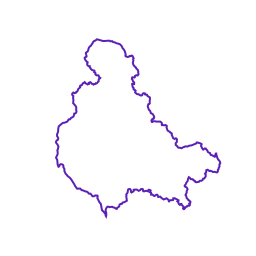 outline of Huanta, Ayacucho, Peru, rotated 163°
{"feature_id": "86281439B1534497598484", "entity_name": "Huanta", "entity_type": "district", "adm_level": 2, "iso_a3": "PER", "parent_name": "Peru", "parent_adm1": "Ayacucho", "projection": "albers", "projection_center": [-74.213, -12.61], "detail": "fine", "context": "isolated", "style": "outline", "palette": "violet", "viewbox_px": 256, "rotation_deg": 163, "n_neighbors": 0, "source": "geoboundaries", "source_scale": "gbopen_adm2", "svg_char_len": 5776}
<svg xmlns="http://www.w3.org/2000/svg" viewBox="0 0 256 256"><g transform="rotate(163 128 128)"><path d="M104.4,187.1L104.3,189.0L103.2,190.7L103.0,192.3L102.2,193.0L102.7,195.8L103.5,196.2L104.2,195.9L104.5,195.9L105.3,196.4L106.6,195.9L107.5,196.0L109.2,197.2L109.4,197.8L108.7,199.1L108.6,202.1L109.0,204.2L109.8,205.8L110.1,208.3L111.4,210.7L114.5,212.6L115.1,213.4L117.1,214.6L117.4,214.9L117.6,215.6L118.5,215.9L119.5,216.0L120.4,217.0L126.3,218.4L131.7,221.9L133.7,221.1L134.8,221.2L136.6,220.2L137.2,219.2L138.3,218.6L139.3,217.6L140.4,217.2L141.6,216.5L142.5,215.5L142.9,214.6L144.2,213.0L146.2,212.3L146.5,211.8L146.6,208.7L147.0,208.3L148.2,208.2L148.9,207.8L149.1,207.2L148.7,204.8L148.2,204.1L148.1,203.4L147.4,202.8L147.5,202.2L148.2,201.6L148.5,200.1L148.2,199.4L147.1,198.4L146.5,198.2L146.9,197.1L146.3,196.2L146.3,195.3L145.1,193.6L143.6,192.9L143.3,192.2L144.0,191.2L143.1,190.3L143.1,189.7L143.5,189.0L143.3,188.4L142.6,187.5L141.0,187.1L140.7,186.3L140.7,184.9L139.8,184.0L139.9,183.8L141.7,183.2L142.2,182.2L142.4,181.2L143.4,180.8L144.2,180.1L145.2,179.8L145.8,180.2L146.5,179.7L147.3,179.9L148.3,179.6L148.8,180.5L149.5,180.7L150.5,182.7L150.9,182.6L151.4,182.9L152.4,182.6L152.4,181.6L153.0,181.7L153.8,181.4L155.7,183.4L156.0,184.5L156.6,184.2L158.2,183.9L159.3,182.7L161.4,182.4L161.8,181.9L161.6,181.4L161.8,180.9L164.2,179.8L165.5,178.1L166.0,177.7L167.2,177.5L167.6,176.9L168.9,176.9L169.9,177.9L170.9,177.4L171.5,176.9L171.6,175.8L170.9,174.6L171.7,172.9L172.0,170.7L173.2,167.8L171.7,164.5L171.4,163.0L172.3,160.4L172.5,158.6L173.3,157.7L174.5,157.3L175.2,157.5L176.3,155.5L177.0,154.8L179.7,154.2L180.9,153.2L182.3,153.6L184.1,151.9L186.9,151.6L188.6,151.9L189.5,151.7L193.7,149.9L195.2,147.1L195.8,145.1L197.8,142.5L198.2,140.8L197.7,139.3L197.8,138.3L198.4,137.3L199.8,137.0L201.1,135.6L200.9,134.4L200.3,132.9L199.9,130.6L200.5,129.8L201.1,128.4L202.1,127.4L202.3,125.4L203.0,123.5L205.5,120.7L205.0,118.1L206.0,113.5L205.8,111.3L205.1,111.4L204.0,112.8L203.1,113.1L201.8,112.6L200.9,111.6L200.8,110.7L201.3,109.6L200.8,107.5L201.4,105.3L201.0,102.4L200.4,101.4L200.0,100.1L198.0,97.1L197.2,94.9L195.8,89.8L195.5,87.9L194.4,84.8L191.5,84.1L190.4,82.0L189.5,81.7L187.5,80.0L185.7,78.9L185.0,77.9L184.8,76.9L184.4,76.6L183.0,76.1L182.0,73.3L181.6,72.9L180.4,72.7L179.1,73.1L177.0,72.3L176.9,71.7L177.8,69.9L177.0,65.3L176.2,63.4L176.9,57.0L175.5,54.4L174.7,52.1L175.0,50.8L174.8,50.0L174.3,50.9L173.6,53.2L173.6,55.4L173.4,56.1L172.0,57.9L170.8,58.7L169.9,58.6L168.8,57.7L166.2,57.3L165.5,56.5L164.1,55.7L162.9,54.1L162.5,53.9L161.5,55.0L160.5,55.1L159.3,55.6L158.8,56.8L158.4,57.2L157.3,57.6L156.5,57.2L156.0,57.3L154.9,58.3L153.5,58.1L150.5,58.7L150.3,58.9L149.7,63.0L149.2,63.9L149.1,65.0L147.4,66.2L146.0,69.0L145.5,69.3L144.7,69.3L143.9,69.0L143.6,68.3L143.5,66.8L143.8,65.8L143.5,65.3L141.3,65.8L140.7,66.4L140.7,67.2L140.1,67.3L137.5,66.5L136.2,64.8L134.3,65.1L133.4,65.8L132.3,65.6L131.7,65.1L131.9,63.1L131.2,62.7L129.2,62.7L127.7,61.8L127.3,61.9L126.4,62.9L125.3,62.5L124.6,61.6L124.8,61.2L126.0,60.3L124.9,59.3L125.4,57.5L124.0,57.2L123.3,55.8L122.4,55.2L120.7,55.9L119.7,55.7L119.3,55.1L119.3,53.2L117.2,52.9L116.2,50.9L114.7,49.2L111.7,49.5L110.2,47.4L110.4,46.2L110.2,45.8L109.0,46.4L108.4,46.5L106.0,45.9L105.6,46.3L105.3,47.5L103.9,47.2L100.8,44.1L101.0,43.6L102.2,43.3L101.6,42.2L101.7,41.3L101.4,40.0L100.8,39.3L99.8,39.9L99.1,39.8L99.1,38.8L97.6,36.0L98.8,35.3L98.9,34.8L98.4,34.1L97.8,34.1L95.4,35.7L94.6,35.6L94.0,36.2L92.0,35.8L91.3,36.3L91.7,37.2L91.6,37.8L90.9,37.7L90.2,38.3L89.9,39.3L90.3,39.7L90.3,40.2L90.8,40.6L91.1,41.5L91.7,42.0L91.7,42.7L92.4,44.0L92.2,46.0L92.6,47.1L90.7,49.2L90.6,49.8L90.1,50.8L88.9,52.0L89.2,53.9L90.7,55.4L90.8,56.1L90.4,56.6L89.5,57.0L88.3,58.5L86.3,60.1L85.5,61.7L84.2,63.2L83.5,62.4L82.9,60.7L81.5,60.3L80.9,59.8L80.9,59.3L80.3,58.9L80.0,57.9L79.3,57.5L79.3,56.6L78.4,56.1L76.0,55.8L74.9,56.5L73.1,56.1L72.1,56.3L71.0,57.6L69.9,57.4L67.9,58.9L67.3,60.9L67.6,61.1L67.7,61.9L66.3,62.7L65.4,64.8L64.0,64.8L62.8,63.1L61.9,63.1L61.5,62.6L60.6,62.3L59.6,61.1L58.0,60.8L56.0,59.5L55.3,59.7L54.8,60.2L54.3,61.7L53.3,62.3L53.0,63.2L51.8,64.3L51.3,66.4L50.1,67.2L50.0,69.3L51.1,72.0L51.3,73.0L51.3,77.1L51.1,77.8L51.5,77.9L52.0,77.5L52.9,75.4L53.4,75.1L55.8,77.6L56.6,77.9L56.8,78.2L56.9,80.1L58.0,80.9L58.7,81.9L58.7,83.5L59.5,84.7L59.6,85.6L60.7,86.0L62.2,85.3L62.6,85.5L62.9,86.9L63.2,87.4L63.2,88.9L63.4,89.6L62.3,91.0L63.1,92.0L66.1,94.0L66.6,94.0L67.2,93.3L70.2,93.0L72.1,92.8L75.0,93.2L76.4,92.8L78.5,93.7L79.7,93.4L80.8,93.5L81.7,93.2L83.0,93.1L84.0,93.9L85.7,94.5L86.4,96.5L87.3,97.8L86.9,99.4L85.2,100.6L85.0,101.7L84.5,102.9L85.1,104.1L85.6,104.2L86.7,103.9L87.9,105.3L87.9,107.0L88.2,108.5L87.7,109.9L88.2,110.7L88.8,111.1L89.0,111.9L90.5,113.5L90.9,114.2L91.0,117.2L90.3,118.5L90.4,118.9L91.2,119.9L92.4,119.9L93.5,120.5L94.7,120.8L94.8,121.2L94.2,122.3L94.3,123.2L95.3,124.7L98.6,125.7L100.4,126.6L102.1,127.1L102.9,126.6L103.4,126.8L103.5,127.8L103.3,128.5L102.1,129.4L100.9,129.3L100.4,129.7L100.4,130.3L99.7,130.9L99.7,131.4L100.1,133.6L100.8,134.7L101.8,135.5L101.8,137.9L102.5,138.9L102.7,139.6L102.8,143.0L101.6,144.8L100.5,144.8L100.0,145.1L99.6,146.8L98.3,149.9L98.2,150.9L100.0,152.9L100.1,154.2L101.9,155.1L102.0,155.6L101.7,156.0L102.6,156.6L103.3,156.7L104.2,156.2L104.8,155.3L105.6,155.1L106.8,155.7L107.9,157.1L109.2,157.6L109.7,158.1L110.8,160.0L109.8,161.5L110.4,162.4L111.3,163.1L111.3,163.7L110.9,164.4L111.6,166.0L111.3,167.0L111.3,168.8L110.9,169.0L109.3,168.3L108.8,169.7L109.6,171.2L109.5,172.5L110.0,173.8L109.5,174.9L109.1,175.2L107.0,174.4L106.5,174.7L106.2,175.6L105.7,175.9L104.5,176.0L103.5,175.4L102.3,176.2L102.0,178.1L101.6,179.3L101.7,180.8L102.7,182.5L102.7,183.4L104.0,185.7L104.4,187.1Z" fill="none" stroke="#5b21b6" stroke-width="2"/></g></svg>